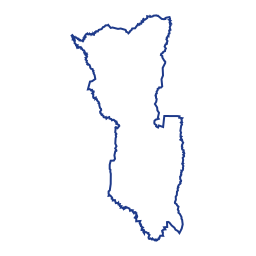 outline of Khlong Hat, Sa Kaeo, Thailand
{"feature_id": "78962969B65728256000348", "entity_name": "Khlong Hat", "entity_type": "district", "adm_level": 2, "iso_a3": "THA", "parent_name": "Thailand", "parent_adm1": "Sa Kaeo", "projection": "natural_earth1", "projection_center": [102.263, 13.466], "detail": "fine", "context": "isolated", "style": "outline", "palette": "blue", "viewbox_px": 256, "rotation_deg": 0, "n_neighbors": 0, "source": "geoboundaries", "source_scale": "gbopen_adm2", "svg_char_len": 5749}
<svg xmlns="http://www.w3.org/2000/svg" viewBox="0 0 256 256"><path d="M169.5,17.1L166.1,17.7L165.2,18.3L165.3,19.0L164.0,19.2L161.7,18.9L157.9,15.7L157.3,15.9L156.4,15.4L153.4,15.7L152.7,16.4L150.9,16.8L150.1,16.1L149.8,16.8L147.2,16.2L147.2,18.1L144.7,19.8L143.5,18.9L143.1,19.3L143.2,21.8L142.6,22.1L141.6,21.4L141.2,23.7L139.6,23.7L139.4,24.7L137.9,24.2L137.7,25.3L137.1,25.4L135.1,28.3L132.2,28.5L131.4,30.2L130.2,30.9L129.6,32.2L128.4,33.3L127.9,32.4L126.2,31.8L125.9,30.3L125.2,29.8L120.7,28.5L118.0,28.9L112.5,27.5L110.7,27.9L108.2,24.9L107.8,25.3L105.5,25.4L104.4,26.7L103.0,27.1L101.6,29.1L98.7,29.9L97.8,31.5L96.2,31.2L95.7,32.3L95.2,32.2L95.2,32.9L94.4,33.1L94.1,34.1L93.6,33.7L93.7,34.2L93.2,34.1L93.3,34.6L91.5,34.1L91.2,34.5L91.0,34.0L90.0,34.3L89.4,33.6L88.6,34.4L87.3,34.1L87.2,33.6L85.9,34.4L85.1,35.6L85.4,36.2L84.9,36.4L85.3,37.1L84.9,37.2L85.1,37.4L84.5,37.9L84.5,38.4L83.8,38.3L84.0,39.1L83.2,39.5L83.4,40.6L82.9,41.3L81.9,40.6L80.3,40.6L80.1,40.0L79.3,40.2L79.1,39.4L78.1,39.2L78.2,38.6L77.2,38.4L76.2,37.5L74.4,37.9L74.5,37.1L73.9,37.3L73.2,36.6L73.3,36.2L72.3,35.1L71.7,35.7L72.3,36.2L72.2,36.9L72.9,37.3L72.7,39.5L73.4,39.4L73.8,40.2L74.3,39.5L74.9,40.2L74.6,43.2L75.9,44.3L76.0,45.1L77.0,45.1L76.5,45.7L76.9,46.9L77.4,46.0L78.5,46.6L78.4,47.8L80.7,47.1L81.2,48.6L81.7,48.3L82.9,50.2L84.1,50.5L84.6,51.5L84.1,52.3L84.4,53.1L84.9,52.8L85.1,53.8L85.7,53.5L85.8,54.3L86.4,54.1L86.0,55.0L86.8,55.1L86.4,55.8L86.8,56.4L86.5,56.5L86.6,57.2L85.8,57.7L86.3,58.0L85.6,59.6L86.9,60.7L86.5,62.2L87.8,63.6L87.3,64.3L87.8,64.7L89.4,64.8L90.2,66.6L90.2,67.6L91.1,68.8L92.6,69.1L92.9,70.7L93.4,70.8L93.2,71.7L93.8,72.7L93.6,73.3L94.6,75.2L95.3,79.0L92.1,81.2L90.0,81.6L87.9,89.4L89.7,89.1L90.7,89.9L91.7,89.9L91.4,90.6L93.3,91.3L93.1,92.0L93.6,91.9L93.5,92.6L92.2,93.4L93.3,94.5L93.1,96.9L93.6,98.0L95.1,97.7L95.2,98.9L95.8,98.3L95.8,99.0L96.8,99.2L97.1,100.5L98.9,102.3L98.5,103.3L99.4,103.9L99.3,105.2L100.0,107.9L101.0,108.9L101.2,110.1L100.1,111.6L100.3,112.8L100.6,112.8L101.4,114.6L102.2,114.5L102.1,115.2L103.5,116.0L103.7,117.2L105.1,117.5L105.9,117.1L106.4,118.6L107.6,117.6L109.2,117.1L109.5,118.6L111.4,119.1L111.9,120.3L113.7,119.8L115.1,120.9L115.1,121.4L115.9,121.6L116.1,122.5L116.6,122.0L117.2,123.6L116.7,124.0L118.9,125.0L119.3,125.9L117.5,128.2L115.9,127.1L115.4,127.5L115.6,129.0L115.2,132.3L116.4,134.0L115.7,134.9L116.2,136.7L115.6,138.0L115.3,143.6L116.5,146.2L115.2,148.4L116.4,150.3L116.3,150.9L115.3,151.2L114.4,155.3L115.0,158.8L113.8,160.6L110.7,160.7L109.7,164.7L109.7,169.0L110.4,169.7L110.3,171.8L110.8,173.8L110.7,184.0L109.8,190.3L108.6,191.4L108.6,193.8L109.0,194.3L108.6,195.8L110.3,195.5L112.1,197.6L111.7,198.7L112.8,199.4L112.8,200.5L114.9,200.1L115.8,203.1L117.0,202.9L117.9,203.4L118.3,202.9L118.5,204.4L119.8,204.2L119.5,205.2L119.9,206.1L121.4,206.1L120.9,207.6L121.7,207.4L122.8,208.2L123.4,207.8L123.7,208.8L124.2,208.2L124.6,208.6L125.3,207.9L125.0,207.2L125.7,206.9L126.2,207.8L126.9,207.4L129.5,208.6L130.1,210.8L131.5,210.1L132.7,210.3L132.3,211.0L133.9,213.2L134.6,212.1L135.3,212.1L135.3,212.8L136.3,213.1L136.2,215.2L136.8,215.2L137.2,216.3L137.0,217.0L135.5,216.7L134.8,217.7L136.3,218.5L136.2,221.3L140.3,221.0L139.6,223.0L140.4,224.8L140.8,224.4L141.2,225.2L141.0,226.3L142.9,227.5L141.8,228.5L141.6,230.0L143.8,229.9L144.2,230.8L143.3,231.9L144.2,233.3L144.3,232.6L145.2,232.1L146.4,232.2L147.7,233.3L148.4,233.1L148.5,234.2L149.5,234.9L148.5,237.2L148.8,238.6L149.3,238.9L150.5,238.4L151.5,239.3L152.4,238.5L153.0,239.5L153.8,239.4L154.6,240.2L155.4,239.7L155.5,240.4L156.2,240.6L157.1,240.2L157.2,239.6L158.8,239.2L158.7,238.3L159.6,237.8L159.5,237.2L160.3,235.7L163.1,235.8L162.8,235.1L162.9,232.3L162.4,232.1L162.1,230.8L163.5,229.6L165.3,229.4L164.1,227.3L167.2,227.0L167.0,222.1L168.2,221.9L169.4,222.6L171.7,225.5L174.4,227.7L175.5,229.7L177.8,231.0L179.4,233.1L181.7,228.6L182.7,224.4L182.1,219.7L181.5,218.8L181.5,217.1L179.8,213.9L178.4,212.7L178.7,211.0L177.8,209.6L178.5,206.6L177.2,205.5L176.6,204.2L175.0,203.1L174.9,202.2L175.9,199.7L175.7,196.7L176.8,195.1L177.0,191.5L177.9,190.5L177.6,188.6L178.4,187.4L177.9,187.0L178.7,185.1L180.5,183.5L180.1,182.1L181.0,181.5L181.1,180.5L180.3,179.5L180.1,176.6L180.9,175.7L180.9,174.6L181.3,174.5L181.1,172.4L181.7,171.9L181.4,170.7L182.1,170.8L182.8,170.0L183.1,168.6L182.9,167.4L183.4,166.0L182.3,163.9L183.2,163.4L182.7,162.7L183.2,159.9L182.7,157.9L184.1,156.2L184.0,155.4L183.2,154.8L184.3,153.5L184.0,152.3L183.2,152.2L183.7,150.3L182.3,149.5L182.0,148.5L182.4,147.7L181.8,146.8L182.2,146.0L181.9,145.2L183.2,142.7L182.4,141.5L182.1,140.0L181.3,140.2L180.4,139.7L181.3,138.5L180.6,137.0L181.4,136.5L180.6,135.9L180.6,133.9L181.1,132.8L180.4,130.9L181.2,125.6L182.0,124.6L181.5,123.5L182.0,122.7L181.0,122.4L181.9,121.1L181.4,119.5L182.3,118.2L179.2,117.7L179.5,116.3L177.7,116.1L164.3,116.0L163.1,127.0L158.9,125.5L158.1,127.5L157.2,127.1L156.1,126.3L156.4,125.2L154.6,123.9L154.3,123.0L154.5,120.8L155.8,119.6L158.7,118.8L157.9,117.5L159.0,112.8L157.4,110.4L157.1,107.4L154.9,104.0L156.2,101.8L156.7,99.0L156.0,97.9L156.0,96.0L155.5,95.7L156.0,93.9L156.8,93.4L156.6,91.6L157.6,90.3L157.7,88.8L158.8,88.5L159.2,87.4L160.9,87.6L162.2,86.4L161.5,79.2L163.0,75.5L162.7,67.9L165.2,63.0L165.2,61.5L164.4,60.9L162.4,57.6L162.3,56.0L160.9,55.1L161.3,53.7L162.8,52.9L163.2,51.9L165.0,51.1L165.2,49.5L165.9,48.5L164.6,46.6L165.4,44.6L166.8,44.0L167.0,43.1L166.6,42.9L167.5,41.0L166.4,39.3L167.0,38.5L166.7,37.9L167.9,36.0L168.5,36.3L168.7,33.8L169.5,33.4L169.2,30.6L169.8,30.3L169.8,29.8L170.4,29.7L169.7,27.2L170.6,25.3L170.1,24.8L170.0,24.3L170.4,24.2L170.0,23.3L170.7,23.3L169.8,22.2L170.3,21.9L169.8,20.6L170.2,20.4L169.2,19.8L169.9,19.5L170.0,18.9L170.2,19.2L169.5,17.1Z" fill="none" stroke="#1e3a8a" stroke-width="2"/></svg>